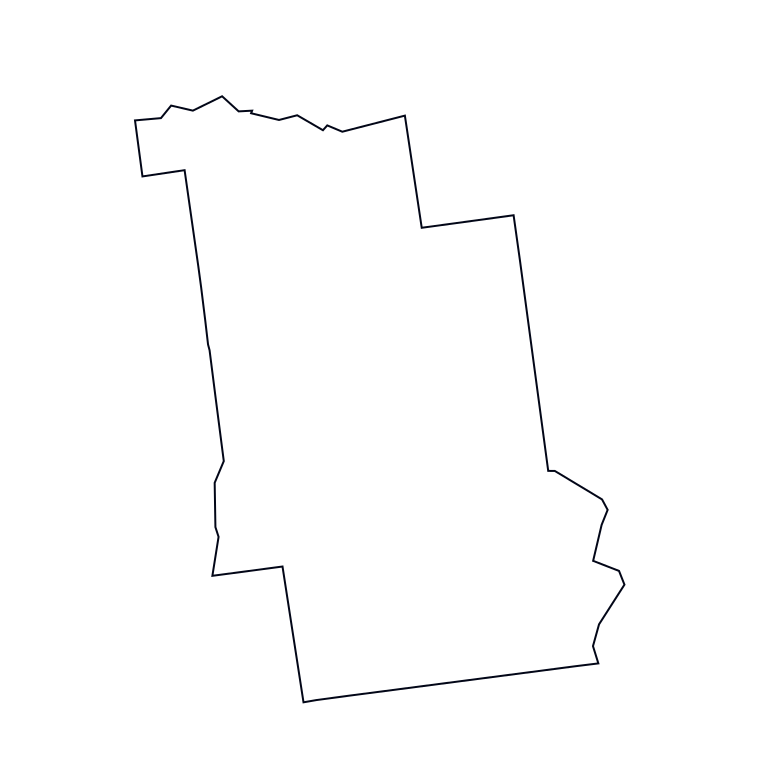 Lonoke, Arkansas, United States of America, rotated 351°
{"feature_id": "52423323B67948009560092", "entity_name": "Lonoke", "entity_type": "district", "adm_level": 2, "iso_a3": "USA", "parent_name": "United States of America", "parent_adm1": "Arkansas", "projection": "natural_earth1", "projection_center": [-91.925, 34.779], "detail": "fine", "context": "isolated", "style": "outline", "palette": "ink", "viewbox_px": 768, "rotation_deg": 351, "n_neighbors": 0, "source": "geoboundaries", "source_scale": "gbopen_adm2", "svg_char_len": 746}
<svg xmlns="http://www.w3.org/2000/svg" viewBox="0 0 768 768"><g transform="rotate(351 384 384)"><path d="M177.9,141.2L220.5,141.6L219.0,239.0L218.5,260.3L217.4,292.8L216.4,317.3L216.4,317.5L217.0,323.4L215.5,372.2L213.7,435.1L201.3,455.1L195.1,499.0L196.7,509.1L184.5,546.6L255.2,548.4L254.7,685.8L267.9,685.6L301.4,686.4L529.0,692.7L552.0,693.5L549.4,675.6L558.8,655.0L590.1,619.8L586.9,605.4L562.9,591.4L576.9,557.2L585.2,543.3L581.3,532.1L539.1,496.6L532.6,495.5L537.6,283.4L538.4,237.6L445.7,235.6L446.6,122.2L382.3,128.3L368.4,119.7L363.4,123.8L340.3,105.0L321.6,106.8L295.1,95.8L296.5,93.4L283.1,92.0L269.1,74.5L238.0,84.1L217.3,75.7L205.3,86.5L179.3,84.7L178.3,125.4L177.9,141.2Z" fill="none" stroke="#020617" stroke-width="2"/></g></svg>